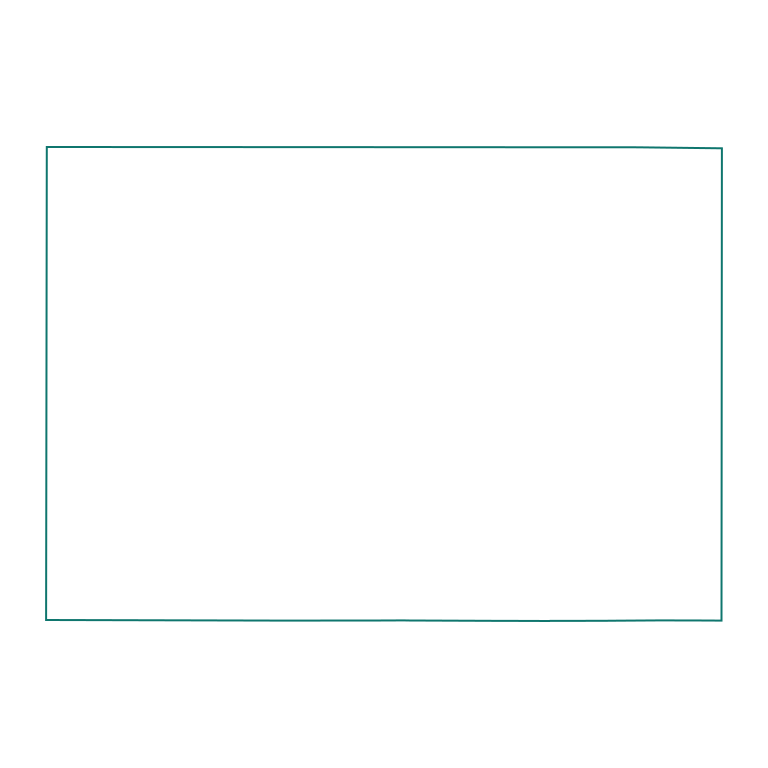 Pawnee, Nebraska, United States of America (Robinson projection)
{"feature_id": "52423323B98394521598734", "entity_name": "Pawnee", "entity_type": "district", "adm_level": 2, "iso_a3": "USA", "parent_name": "United States of America", "parent_adm1": "Nebraska", "projection": "robinson", "projection_center": [-96.181, 40.131], "detail": "fine", "context": "isolated", "style": "outline", "palette": "teal", "viewbox_px": 768, "rotation_deg": 0, "n_neighbors": 0, "source": "geoboundaries", "source_scale": "gbopen_adm2", "svg_char_len": 365}
<svg xmlns="http://www.w3.org/2000/svg" viewBox="0 0 768 768"><path d="M721.5,620.6L721.9,148.3L637.7,147.3L46.8,147.0L46.1,620.0L283.4,620.6L288.6,620.6L380.8,620.5L403.7,620.4L409.2,620.5L507.3,620.9L507.5,620.9L518.0,620.9L549.7,621.0L549.9,620.9L603.6,620.8L616.1,620.7L660.4,620.4L701.5,620.5L721.5,620.6Z" fill="none" stroke="#0f766e" stroke-width="2"/></svg>